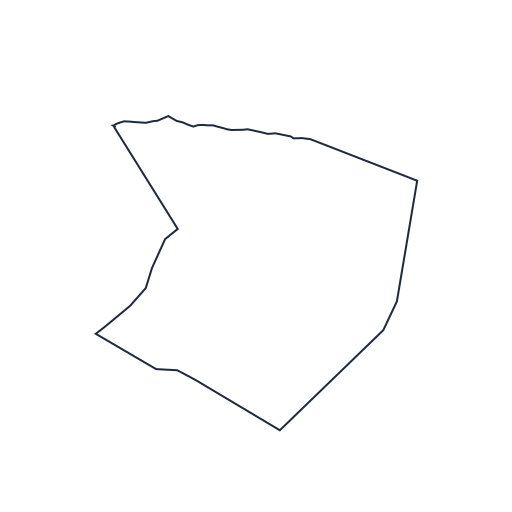 Soucis, Anse-la-Raye, Saint Lucia (Equal Earth projection), rotated 70°
{"feature_id": "8701671B87099663459533", "entity_name": "Soucis", "entity_type": "district", "adm_level": 2, "iso_a3": "LCA", "parent_name": "Saint Lucia", "parent_adm1": "Anse-la-Raye", "projection": "equal_earth", "projection_center": [-61.001, 13.977], "detail": "fine", "context": "isolated", "style": "outline", "palette": "slate", "viewbox_px": 512, "rotation_deg": 70, "n_neighbors": 0, "source": "geoboundaries", "source_scale": "gbopen_adm2", "svg_char_len": 785}
<svg xmlns="http://www.w3.org/2000/svg" viewBox="0 0 512 512"><g transform="rotate(70 256 256)"><path d="M84.5,345.7L86.2,344.5L86.8,345.1L203.8,320.3L209.0,335.6L231.8,357.9L248.4,370.5L259.8,391.4L271.2,423.4L274.3,433.2L328.1,388.6L336.4,369.1L352.0,355.1L427.9,293.2L369.2,161.7L346.8,139.1L327.9,128.4L240.4,78.8L164.8,165.0L161.0,172.3L158.3,180.4L155.5,182.5L147.4,195.7L145.3,203.1L141.8,208.3L136.0,217.4L134.0,220.7L133.0,224.9L130.9,231.0L129.3,235.8L127.0,239.9L124.4,243.4L121.5,247.6L118.5,251.8L116.6,256.9L114.4,261.7L113.1,266.1L113.0,270.5L109.9,274.4L105.3,279.3L101.9,284.4L94.5,290.6L95.2,302.4L94.1,306.7L93.2,313.9L91.1,318.6L88.6,324.3L86.7,328.3L84.3,334.0L84.1,337.5L84.1,342.6L84.7,344.7L84.5,345.7Z" fill="none" stroke="#1e293b" stroke-width="2"/></g></svg>